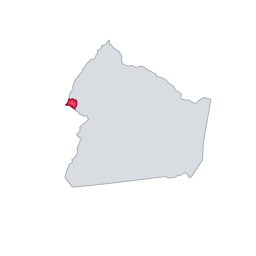 Tlemcen highlighted on a map of Algeria, rotated 318°
{"feature_id": "DZA-2147", "entity_name": "Tlemcen", "entity_type": "Province", "adm_level": 1, "iso_a3": "DZA", "parent_name": "Algeria", "parent_adm1": "", "projection": "orthographic", "projection_center": [-1.349, 34.706], "detail": "fine", "context": "in_parent", "style": "filled", "palette": "rose", "viewbox_px": 256, "rotation_deg": 318, "n_neighbors": 0, "source": "natural_earth", "source_scale": "10m", "svg_char_len": 4644}
<svg xmlns="http://www.w3.org/2000/svg" viewBox="0 0 256 256"><g transform="rotate(318 128 128)"><path d="M172.3,49.9L172.4,50.3L172.5,50.7L171.9,51.2L171.5,51.5L171.1,52.6L170.2,53.5L170.1,53.9L170.8,54.2L171.0,54.5L171.2,54.9L171.1,56.5L170.9,59.3L171.0,59.9L171.3,60.6L171.6,61.1L171.7,61.8L171.8,63.3L172.2,64.2L172.5,65.0L172.0,66.1L171.9,67.0L171.8,68.3L171.9,69.1L171.6,69.9L171.1,70.7L170.6,71.2L170.0,71.6L169.2,72.2L168.7,73.6L167.4,74.9L167.2,75.3L167.1,76.2L167.3,77.4L167.6,78.4L168.4,79.8L169.1,81.4L169.4,82.2L169.6,82.4L170.5,82.9L172.0,83.5L172.3,83.7L173.1,84.8L173.9,86.7L174.2,88.0L177.0,89.8L179.6,91.3L179.8,91.6L181.7,97.5L182.3,99.6L184.8,107.1L184.1,107.6L183.3,108.3L184.0,109.2L185.3,110.8L186.1,112.1L186.4,112.7L187.1,114.3L187.7,115.9L187.9,116.5L188.2,117.7L188.3,121.2L189.1,125.6L189.7,127.8L189.2,129.9L188.8,131.8L188.9,132.8L189.4,134.2L189.8,135.3L190.3,135.8L190.3,137.7L190.2,138.4L189.0,139.5L187.6,140.6L187.2,141.4L187.2,142.2L187.4,142.9L192.2,148.7L192.4,149.3L192.6,151.1L193.5,153.2L194.4,154.1L194.7,154.8L195.3,155.2L195.9,155.6L196.2,155.6L198.1,154.7L201.4,155.3L204.6,156.0L204.9,156.1L206.9,159.3L208.8,162.2L175.1,188.5L171.3,192.2L162.4,201.3L161.7,201.7L149.4,204.9L143.0,206.5L142.6,206.6L142.3,206.6L142.0,206.6L141.5,206.4L140.8,205.9L140.3,205.7L140.2,205.3L140.4,204.8L140.8,204.3L140.9,203.9L141.1,203.6L141.4,203.4L141.4,203.1L141.1,202.6L140.9,201.9L140.9,200.5L140.8,199.9L140.2,199.4L139.1,198.9L138.1,198.7L137.6,198.6L136.4,198.4L134.9,198.1L134.3,197.9L133.2,196.7L132.7,196.4L130.4,196.3L129.6,196.1L128.9,195.8L128.4,195.5L128.1,194.8L127.9,194.2L127.7,194.0L125.1,192.7L124.4,192.3L124.1,191.9L124.1,191.2L124.1,190.5L124.0,189.8L123.9,189.5L78.7,157.8L76.3,156.1L71.0,152.3L47.2,134.9L47.9,123.4L48.0,122.8L48.1,122.5L48.9,122.2L50.2,121.3L50.6,120.9L51.2,120.5L53.3,119.3L53.8,119.0L55.8,117.6L56.3,117.4L57.3,117.3L57.8,117.1L58.4,116.5L59.3,115.9L59.9,115.6L60.0,115.5L60.4,115.5L62.1,115.8L62.9,116.0L63.8,116.2L64.1,116.1L64.3,115.9L64.7,115.4L64.8,114.9L64.8,114.4L64.9,114.1L65.1,114.1L65.4,114.1L66.0,114.2L67.0,114.2L67.4,114.2L68.6,114.1L70.4,113.9L72.8,113.2L74.0,112.4L74.9,111.5L75.8,110.1L76.6,109.0L78.0,108.3L79.2,107.8L79.9,107.7L81.5,107.1L84.0,105.3L86.1,105.1L86.4,104.9L86.7,104.6L86.7,104.1L86.4,103.7L86.0,103.4L85.7,103.2L85.4,103.1L85.2,102.9L85.3,102.4L85.4,101.9L85.6,101.5L85.5,100.8L85.2,100.1L85.2,99.7L85.2,99.2L85.4,98.9L85.8,98.6L86.3,98.5L87.0,98.7L88.2,98.5L91.4,97.5L91.6,97.1L91.8,96.4L92.0,95.7L92.3,95.5L92.5,95.4L95.0,95.0L95.6,95.0L100.2,95.2L104.2,95.4L104.6,95.2L104.6,94.7L104.3,93.8L104.5,93.2L105.0,92.7L105.7,92.1L105.4,91.3L104.8,90.9L104.1,90.3L103.6,90.0L102.9,89.3L102.5,88.5L102.2,86.8L101.7,85.9L101.3,84.7L101.6,82.5L101.1,81.2L101.0,80.7L101.0,80.0L101.2,78.9L101.1,77.2L100.5,75.6L100.8,75.0L100.9,74.7L100.3,73.9L100.1,73.5L100.2,73.1L100.5,72.5L100.5,72.2L99.6,71.5L98.1,70.3L97.7,69.8L97.5,69.2L98.9,69.3L99.7,69.3L101.4,68.5L102.7,67.5L103.8,66.9L104.7,65.8L105.5,65.1L106.7,64.3L110.2,62.6L110.7,62.6L111.8,62.9L112.8,62.8L113.5,62.2L114.2,60.8L115.3,59.9L116.7,59.0L118.6,58.1L119.9,57.4L121.9,56.7L126.8,56.1L129.4,55.6L131.1,55.6L132.9,54.4L133.7,53.9L137.5,53.7L139.3,52.7L146.0,52.3L146.9,52.6L147.7,53.0L149.2,54.0L149.9,54.2L150.8,53.9L152.8,52.7L155.1,52.0L156.3,51.3L156.7,50.3L157.8,49.9L158.5,50.5L161.0,51.1L162.4,50.7L163.1,50.5L162.7,49.4L164.3,49.6L165.6,50.0L166.9,50.9L167.8,51.0L169.2,50.4L172.3,49.9Z" fill="#d9dde1" stroke="#a8b0b8" stroke-width="1"/><path d="M101.3,78.0L101.3,77.9L100.8,76.2L100.6,75.9L100.4,75.5L101.1,74.6L100.8,74.5L99.9,73.6L100.0,73.4L100.4,72.9L100.6,72.5L100.6,72.4L100.5,72.2L99.8,71.7L99.6,71.5L99.2,71.2L99.0,70.9L98.9,70.7L98.6,70.7L98.4,70.5L98.1,70.3L97.9,70.1L97.7,70.0L97.5,69.9L97.5,69.6L97.5,69.3L97.6,69.2L97.7,69.3L97.9,69.2L98.2,69.2L98.4,69.4L98.7,69.4L99.1,69.4L99.3,69.4L99.5,69.3L100.2,69.1L100.4,69.0L100.7,69.0L100.9,68.9L101.1,68.6L101.5,68.4L101.7,68.2L102.5,67.5L103.3,67.4L103.5,67.3L103.6,67.5L103.7,67.4L103.8,67.5L103.8,67.8L103.8,68.0L103.7,68.1L103.7,68.3L103.8,68.4L103.8,68.5L103.9,68.4L104.0,68.4L105.8,69.2L106.1,69.3L106.6,69.6L106.6,69.9L106.5,70.0L106.4,70.4L106.4,70.6L106.4,70.8L106.5,71.0L106.6,71.3L106.6,71.5L106.8,71.4L107.0,71.5L106.9,71.7L106.9,72.0L107.0,72.3L107.3,72.4L107.8,72.4L107.9,72.5L107.8,72.9L107.7,73.1L107.5,73.4L107.4,73.7L107.4,73.8L107.0,73.9L106.9,73.9L106.9,74.0L107.0,74.3L107.1,74.5L106.9,74.8L105.8,75.8L105.5,76.1L105.3,76.4L105.2,76.5L104.7,76.8L104.4,77.0L103.8,77.1L103.7,77.0L103.3,77.1L103.1,77.0L102.7,77.1L101.4,77.9L101.3,78.0Z" fill="#f43f5e" stroke="#9f1239" stroke-width="1.5"/></g></svg>